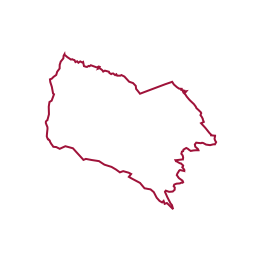 the district of Kongba, Gbapolu, Liberia, rotated 70°
{"feature_id": "62588387B18809430914172", "entity_name": "Kongba", "entity_type": "district", "adm_level": 2, "iso_a3": "LBR", "parent_name": "Liberia", "parent_adm1": "Gbapolu", "projection": "mercator", "projection_center": [-10.454, 7.678], "detail": "fine", "context": "isolated", "style": "outline", "palette": "rose", "viewbox_px": 256, "rotation_deg": 70, "n_neighbors": 0, "source": "geoboundaries", "source_scale": "gbopen_adm2", "svg_char_len": 3248}
<svg xmlns="http://www.w3.org/2000/svg" viewBox="0 0 256 256"><g transform="rotate(70 128 128)"><path d="M219.0,113.7L218.9,113.3L218.6,113.3L215.9,113.1L215.3,113.1L213.5,113.8L206.4,114.7L200.6,115.1L200.3,114.8L200.0,114.2L199.8,113.9L202.0,111.3L202.7,108.9L203.0,107.7L202.0,105.3L199.9,104.4L198.9,104.8L198.3,105.0L197.0,103.9L196.9,101.5L197.8,98.2L197.6,96.4L198.1,95.5L198.0,95.2L197.8,94.7L196.1,94.8L192.8,97.1L192.7,97.2L191.4,97.7L191.2,97.6L189.0,98.3L187.7,97.2L186.0,95.0L185.6,94.6L185.3,93.5L186.2,92.1L187.5,90.1L187.4,90.1L186.9,89.4L185.7,89.6L183.4,90.4L183.0,89.7L182.9,89.5L182.1,89.0L180.2,90.0L179.4,90.4L179.4,90.5L179.0,91.0L178.7,91.5L176.1,93.6L175.6,94.3L175.4,94.3L174.5,94.4L174.7,93.8L176.2,87.4L176.3,87.2L175.6,86.8L174.7,86.3L172.5,86.0L170.5,86.7L170.2,86.4L169.2,85.8L168.6,85.4L168.6,84.9L168.6,84.1L167.7,83.5L167.3,83.3L166.7,80.1L167.2,79.6L168.1,78.8L169.0,78.3L169.2,78.2L171.0,76.9L171.5,74.0L172.0,72.3L173.0,69.4L171.9,69.4L168.5,71.2L166.3,70.8L165.5,69.5L165.1,68.9L166.0,67.2L167.2,64.7L167.2,63.5L167.9,62.4L170.3,60.3L172.2,56.7L172.5,53.5L173.1,51.9L172.9,51.7L171.4,50.0L169.7,50.4L168.8,50.4L167.8,50.4L165.3,48.9L165.0,48.8L164.6,49.7L163.3,52.4L162.8,52.1L162.1,52.5L161.6,52.7L160.5,53.2L154.3,55.3L153.3,55.7L149.5,57.3L148.5,57.7L148.4,56.6L148.3,55.5L148.2,54.7L146.0,54.8L144.6,54.6L144.3,54.7L142.7,54.9L140.7,55.5L139.4,54.4L139.1,54.1L137.8,54.3L137.5,54.5L136.7,54.9L135.4,55.5L133.1,56.7L132.8,56.9L131.2,57.0L128.1,57.9L127.3,58.3L123.7,60.1L122.1,60.8L118.5,62.1L116.2,62.6L114.1,63.6L114.1,63.0L114.1,61.8L113.4,60.6L113.2,61.6L113.0,62.2L112.3,62.2L112.0,63.8L111.2,63.6L110.4,64.9L110.0,64.7L109.5,64.3L109.0,65.4L108.5,66.5L106.3,68.1L102.8,70.0L99.7,70.7L99.7,72.7L99.6,78.0L99.8,98.3L99.9,105.0L97.1,105.9L94.0,107.0L91.9,106.5L91.1,106.3L87.5,107.9L84.9,111.1L82.2,112.2L78.4,113.8L76.0,116.1L76.2,117.3L75.1,120.3L73.5,120.6L73.9,122.0L71.7,123.3L71.4,124.6L71.6,125.4L69.8,126.7L68.6,126.7L66.2,130.1L66.5,132.0L64.9,132.4L62.0,134.2L62.0,135.5L60.8,133.8L60.2,134.5L60.5,136.5L56.3,141.5L56.8,143.0L56.2,143.8L56.6,145.6L56.2,146.4L54.8,148.2L50.6,147.6L50.8,148.6L49.1,150.1L49.7,152.3L47.9,153.0L48.1,154.8L45.9,155.1L44.8,156.5L44.3,156.9L44.2,158.2L40.6,160.8L37.4,162.6L37.0,162.5L38.1,163.8L40.5,165.0L42.6,168.5L45.3,170.6L48.7,171.9L50.9,175.3L53.6,177.3L54.5,180.5L55.6,182.8L55.6,184.7L58.2,185.3L63.3,185.5L69.9,186.6L71.0,186.0L76.2,190.4L76.7,192.9L80.9,195.2L88.1,197.6L93.1,201.1L93.1,201.5L93.7,202.7L93.8,202.9L95.1,203.5L96.0,203.5L97.3,203.5L99.6,203.4L100.5,203.7L101.2,203.9L103.4,205.0L105.9,206.2L107.9,207.1L108.3,207.2L110.1,207.2L111.9,206.4L112.1,206.3L112.1,206.5L112.8,206.0L113.8,205.9L114.7,205.9L116.9,205.5L118.4,205.0L119.7,204.7L120.1,204.6L121.4,201.9L124.2,199.3L123.7,193.1L128.2,186.7L129.9,186.0L132.4,185.0L142.1,181.0L142.7,180.8L142.7,179.4L142.6,178.2L145.7,173.0L149.2,166.6L154.4,162.7L158.9,156.8L162.9,153.5L166.3,151.2L166.9,150.8L166.9,147.3L170.2,142.7L171.5,141.5L172.3,140.8L174.2,143.9L176.5,142.0L183.7,135.5L190.3,133.1L191.2,131.5L191.6,130.9L193.4,127.8L197.1,125.7L203.3,124.9L207.3,123.3L209.6,121.4L208.7,119.5L211.8,119.5L211.8,117.1L219.0,113.7Z" fill="none" stroke="#9f1239" stroke-width="2"/></g></svg>